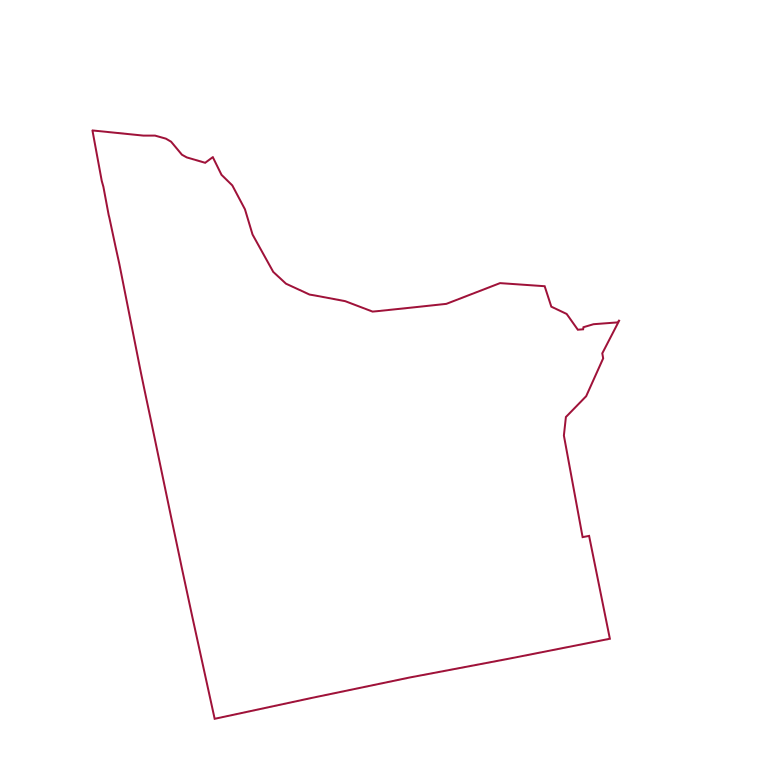 outline of Wayne, Michigan, United States of America, rotated 260°
{"feature_id": "52423323B15255243376052", "entity_name": "Wayne", "entity_type": "district", "adm_level": 2, "iso_a3": "USA", "parent_name": "United States of America", "parent_adm1": "Michigan", "projection": "equal_earth", "projection_center": [-83.141, 42.24], "detail": "fine", "context": "isolated", "style": "outline", "palette": "rose", "viewbox_px": 768, "rotation_deg": 260, "n_neighbors": 0, "source": "geoboundaries", "source_scale": "gbopen_adm2", "svg_char_len": 953}
<svg xmlns="http://www.w3.org/2000/svg" viewBox="0 0 768 768"><g transform="rotate(260 384 384)"><path d="M496.6,145.3L444.9,146.4L436.1,146.6L422.9,147.0L410.6,147.4L393.4,148.0L390.7,148.1L290.9,151.2L245.9,152.7L239.2,152.9L187.9,154.8L83.7,159.1L87.4,258.1L90.5,358.1L91.8,459.7L93.9,562.2L198.8,559.6L198.7,553.0L302.0,552.2L319.9,557.4L336.9,581.0L371.2,604.3L376.3,604.3L406.2,627.1L404.1,624.8L406.5,600.7L405.3,590.3L403.3,589.6L403.8,584.3L419.7,576.8L421.3,576.0L431.1,562.2L452.4,559.2L463.2,515.8L452.1,459.3L454.3,426.9L456.9,390.0L457.3,385.3L472.3,360.2L483.3,331.0L485.0,326.2L499.8,304.9L513.6,294.4L554.0,280.5L580.2,277.4L605.9,269.1L618.2,260.3L637.1,254.8L637.1,254.7L632.9,246.3L641.4,229.1L644.9,224.8L659.6,216.4L663.5,211.8L668.4,201.6L670.4,190.2L672.8,181.7L684.3,141.0L684.2,140.9L633.0,141.3L626.9,141.9L598.3,142.2L595.6,142.4L564.7,143.5L548.2,144.2L496.6,145.3Z" fill="none" stroke="#9f1239" stroke-width="2"/></g></svg>